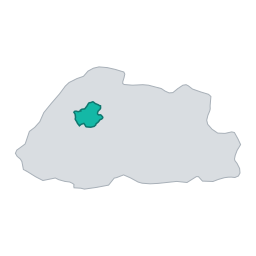 Punakha on a map of Bhutan (Mercator projection)
{"feature_id": "BTN-2440", "entity_name": "Punakha", "entity_type": "District", "adm_level": 1, "iso_a3": "BTN", "parent_name": "Bhutan", "parent_adm1": "", "projection": "mercator", "projection_center": [89.835, 27.687], "detail": "fine", "context": "in_parent", "style": "filled", "palette": "teal", "viewbox_px": 256, "rotation_deg": 0, "n_neighbors": 0, "source": "natural_earth", "source_scale": "10m", "svg_char_len": 2255}
<svg xmlns="http://www.w3.org/2000/svg" viewBox="0 0 256 256"><path d="M210.2,108.9L209.8,110.7L207.9,115.3L206.7,120.2L207.7,124.3L212.0,129.2L217.7,133.1L225.0,133.4L231.7,131.9L234.4,132.5L238.0,139.0L240.6,144.6L237.1,150.4L235.2,155.4L234.5,159.0L234.9,160.6L237.1,163.5L239.6,168.5L240.0,173.0L238.4,176.0L234.9,177.5L231.2,177.1L228.2,177.2L224.4,177.7L218.4,179.4L212.9,181.5L202.5,181.1L198.4,176.6L196.4,176.6L187.0,182.5L176.7,181.4L158.0,183.4L150.1,183.8L142.1,183.2L138.0,182.0L130.5,177.9L123.6,174.9L116.6,177.6L114.2,178.1L108.6,185.1L96.5,187.4L84.4,189.1L80.8,188.2L74.0,187.8L73.8,186.1L74.0,184.5L72.4,183.3L69.7,182.0L64.9,181.4L58.8,179.7L55.3,178.0L42.9,180.5L35.7,176.8L27.5,171.7L23.4,169.5L21.9,161.6L20.4,159.1L17.2,156.4L15.4,153.3L16.8,150.1L25.0,144.1L25.6,142.7L29.4,131.4L34.7,127.4L39.8,121.7L43.8,112.6L51.3,103.4L59.6,93.8L65.3,86.1L69.1,82.5L76.9,78.6L83.5,76.3L88.0,71.1L93.4,68.2L99.0,66.9L107.3,67.6L115.2,69.4L123.8,72.0L124.8,74.1L124.0,77.8L122.8,81.6L122.7,83.5L124.1,84.5L132.5,85.2L142.8,84.7L148.5,85.2L161.4,88.6L165.1,91.1L169.1,92.9L172.9,92.6L177.8,88.6L182.9,85.2L186.1,84.7L188.3,85.8L192.4,89.0L200.9,92.0L208.5,94.3L210.9,96.5L210.1,105.8L210.2,108.9Z" fill="#d9dde1" stroke="#a8b0b8" stroke-width="1"/><path d="M100.5,105.8L100.6,108.1L99.9,109.4L99.2,110.0L98.2,111.1L97.9,111.5L97.8,111.9L97.6,112.5L97.5,113.3L97.6,114.1L98.2,114.6L98.6,114.9L99.1,114.9L100.0,114.8L100.4,114.8L100.9,115.0L101.4,115.5L102.0,116.2L102.5,116.7L102.7,117.1L102.8,117.6L102.6,118.1L101.6,119.1L100.1,119.6L98.4,121.9L96.0,123.9L95.7,125.0L94.1,126.4L90.8,127.2L90.7,127.2L87.9,127.0L86.2,126.8L86.0,126.6L85.6,126.2L85.5,125.8L84.4,124.1L83.9,123.4L81.2,124.3L79.4,125.8L78.5,124.5L77.6,123.6L77.3,122.9L76.7,121.7L76.3,121.0L75.8,120.3L75.4,119.6L75.2,119.0L75.3,118.5L75.5,117.6L75.4,116.1L75.1,114.2L75.0,113.9L73.9,112.3L74.4,111.5L74.6,111.4L75.1,111.2L75.9,111.2L76.3,111.2L76.8,111.3L78.1,111.7L80.8,110.9L80.4,110.2L81.7,109.3L82.8,109.1L84.7,108.9L86.9,106.1L88.2,103.9L88.6,103.3L89.0,102.9L89.3,102.8L90.2,102.6L90.6,102.6L91.0,102.5L91.5,102.3L92.3,101.9L92.8,101.8L93.2,101.9L93.5,102.1L95.2,103.5L98.3,104.8L99.1,105.4L99.3,105.5L100.5,105.8Z" fill="#14b8a6" stroke="#0f766e" stroke-width="1.5"/></svg>